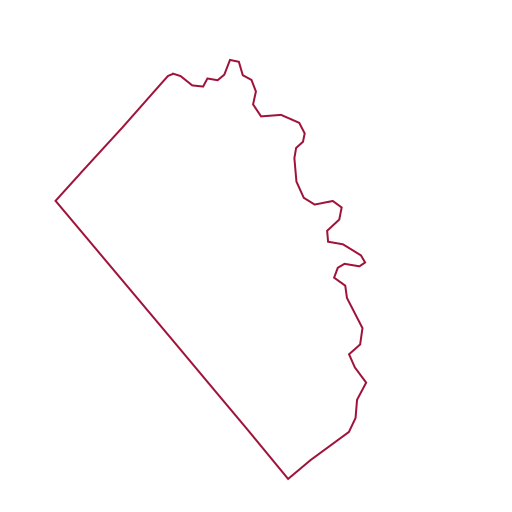 the district of Sequoyah, Oklahoma, United States of America, rotated 230°
{"feature_id": "52423323B29352809439371", "entity_name": "Sequoyah", "entity_type": "district", "adm_level": 2, "iso_a3": "USA", "parent_name": "United States of America", "parent_adm1": "Oklahoma", "projection": "albers", "projection_center": [-94.709, 35.465], "detail": "fine", "context": "isolated", "style": "outline", "palette": "rose", "viewbox_px": 512, "rotation_deg": 230, "n_neighbors": 0, "source": "geoboundaries", "source_scale": "gbopen_adm2", "svg_char_len": 928}
<svg xmlns="http://www.w3.org/2000/svg" viewBox="0 0 512 512"><g transform="rotate(230 256 256)"><path d="M449.1,309.6L449.0,309.0L450.0,305.9L450.4,304.5L450.5,304.2L447.1,281.2L440.1,234.8L440.1,234.5L436.2,204.8L432.4,176.0L431.9,172.8L431.7,171.7L431.3,168.2L427.1,137.9L241.8,138.0L180.9,137.9L128.1,137.9L64.6,137.3L64.6,166.7L61.5,214.1L67.9,228.1L80.9,241.0L88.2,259.0L107.1,260.1L120.9,264.1L121.3,278.9L132.3,291.2L165.4,298.7L175.9,305.3L189.2,301.9L194.4,311.1L193.1,318.8L181.6,328.6L180.9,335.4L189.0,336.8L209.1,330.1L220.6,320.4L229.6,326.7L230.4,343.2L238.1,352.8L248.8,350.2L257.7,334.0L269.9,330.0L287.0,334.8L306.3,348.3L313.0,356.2L313.3,365.4L318.6,372.1L330.2,374.7L348.0,365.9L359.7,349.6L374.0,351.2L382.1,361.7L393.8,365.7L403.0,362.1L415.8,367.7L422.9,362.1L415.3,348.3L415.3,339.6L423.2,332.9L419.8,324.4L427.7,316.8L442.3,313.9L449.1,309.6Z" fill="none" stroke="#9f1239" stroke-width="2"/></g></svg>